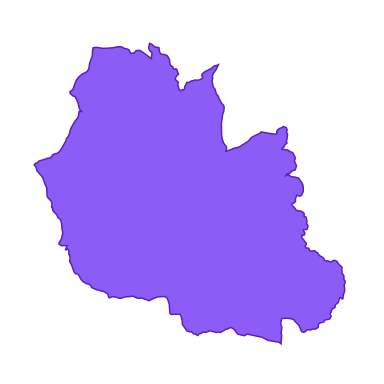 Central Pentecost 1, Penama, Vanuatu (Natural Earth projection), rotated 4°
{"feature_id": "77236927B11071622458470", "entity_name": "Central Pentecost 1", "entity_type": "district", "adm_level": 2, "iso_a3": "VUT", "parent_name": "Vanuatu", "parent_adm1": "Penama", "projection": "natural_earth1", "projection_center": [168.168, -15.648], "detail": "fine", "context": "isolated", "style": "filled", "palette": "violet", "viewbox_px": 384, "rotation_deg": 4, "n_neighbors": 0, "source": "geoboundaries", "source_scale": "gbopen_adm2", "svg_char_len": 5949}
<svg xmlns="http://www.w3.org/2000/svg" viewBox="0 0 384 384"><g transform="rotate(4 192 192)"><path d="M65.1,254.6L71.2,254.3L69.8,258.3L70.8,258.5L71.3,257.9L72.2,257.8L72.8,258.4L73.4,259.8L73.4,262.7L74.3,263.8L75.0,265.5L74.7,268.9L75.4,271.0L76.9,273.0L80.0,280.1L80.7,281.0L81.9,281.7L83.8,281.8L84.8,282.8L87.5,287.1L89.7,289.2L91.2,289.7L92.4,290.7L94.3,290.9L96.6,291.7L97.7,292.7L98.6,294.3L103.7,296.2L106.4,296.5L107.9,297.1L110.9,297.4L115.1,299.7L116.3,303.0L116.8,303.3L120.4,302.0L122.4,302.0L126.9,303.0L128.6,303.0L132.4,301.3L137.4,300.7L139.9,300.1L141.2,300.2L142.2,300.9L143.8,301.1L144.9,301.8L150.1,301.3L151.5,302.1L154.2,302.6L155.3,303.2L156.2,303.4L157.4,303.2L158.7,302.2L164.2,299.3L170.4,298.3L172.5,298.3L174.4,299.5L175.0,300.3L177.2,305.7L178.3,314.3L179.3,315.4L181.1,315.6L182.7,315.0L185.5,315.1L188.3,314.6L189.9,316.8L190.4,318.9L191.2,320.7L191.5,323.9L192.0,325.5L193.0,326.4L196.8,331.2L201.7,331.8L203.4,333.4L205.8,333.6L207.0,334.6L207.9,334.7L209.4,332.7L211.3,332.4L211.7,331.6L212.5,330.9L215.6,331.0L219.2,329.4L220.5,329.2L221.9,329.7L223.9,329.8L225.0,330.3L226.2,330.4L227.2,329.9L230.4,330.0L235.3,326.7L237.6,325.9L239.7,324.4L241.9,325.1L243.8,326.2L247.1,330.3L247.9,330.7L254.5,331.7L256.9,329.9L272.3,332.1L278.1,334.7L289.4,335.8L291.4,337.3L291.5,328.9L290.8,326.9L291.1,320.6L289.5,316.8L290.0,314.9L290.1,312.7L290.9,311.9L295.9,311.2L300.4,311.6L302.6,312.4L303.7,313.9L308.1,317.7L310.5,322.8L311.6,323.8L312.7,324.1L313.5,324.1L314.5,323.5L316.7,321.3L319.7,321.4L320.3,321.2L321.0,320.5L324.5,320.1L325.9,319.5L326.3,318.9L327.4,318.1L327.3,315.6L327.7,314.6L328.8,313.7L331.6,312.9L332.8,312.1L333.9,310.2L337.6,309.4L338.2,309.0L339.1,307.6L339.4,306.4L338.5,304.2L338.4,303.1L339.3,301.9L340.0,298.6L341.3,298.2L342.6,297.2L342.8,296.5L342.8,295.0L343.1,294.3L345.1,292.7L345.7,291.6L346.7,286.9L347.9,287.0L349.1,288.2L349.5,288.3L349.9,287.9L350.3,283.5L351.2,280.2L350.9,277.2L350.2,274.0L350.9,272.5L351.1,270.9L350.7,269.6L349.5,268.7L349.6,266.4L349.3,265.2L348.7,263.9L347.2,262.7L347.2,260.4L346.7,259.2L347.0,257.5L346.8,256.4L344.3,254.5L342.7,252.9L341.6,251.3L339.7,250.3L337.8,250.4L335.5,252.1L332.1,251.2L329.6,251.5L328.9,250.8L328.2,249.3L326.9,248.0L323.5,246.5L321.4,243.8L319.3,242.9L319.0,242.3L318.2,242.0L317.2,242.1L315.6,242.7L314.1,242.5L313.1,241.7L312.6,240.3L312.2,239.8L310.2,239.9L309.3,239.6L309.1,239.3L309.0,238.2L309.5,236.4L309.3,234.6L307.6,233.3L306.9,231.9L305.0,230.4L304.7,228.5L304.4,227.6L304.9,227.1L306.6,227.3L307.1,226.8L307.4,226.0L307.2,224.5L305.6,222.6L305.7,222.1L306.4,221.6L308.8,221.6L309.3,221.2L309.9,219.5L310.0,217.4L308.5,215.4L308.8,213.4L307.8,209.9L307.5,209.2L306.9,208.7L305.9,208.7L305.4,208.3L305.5,206.3L305.3,205.5L303.8,204.3L301.7,203.4L299.7,203.6L299.1,203.0L297.4,203.2L295.9,201.0L292.1,197.9L292.6,196.9L294.8,195.6L295.6,194.8L295.9,193.7L295.6,191.9L296.7,188.0L299.3,188.6L300.2,188.5L301.0,188.2L301.7,187.1L302.6,185.0L302.9,183.2L302.7,179.8L302.2,177.4L300.9,174.9L299.0,172.9L298.2,171.6L296.7,170.4L295.6,170.5L293.6,169.9L290.4,169.9L289.3,169.5L287.3,168.1L286.6,168.0L284.7,169.0L285.5,167.4L287.7,166.9L290.8,163.7L292.8,163.2L293.5,162.5L294.4,158.4L292.0,154.1L292.6,151.7L292.5,150.3L290.2,146.3L288.7,145.2L286.8,145.0L286.1,144.0L285.0,143.9L284.6,143.4L283.9,143.2L282.4,143.6L281.6,143.0L280.3,143.1L279.1,143.6L278.8,142.5L279.2,141.6L280.4,140.9L281.2,138.7L283.3,136.6L283.3,136.0L282.5,135.5L282.5,134.6L283.0,133.6L283.3,128.1L283.1,127.0L282.2,126.3L282.1,125.1L282.6,124.1L282.6,123.4L281.5,121.2L278.4,120.3L277.2,121.5L274.4,122.8L273.0,124.2L272.4,125.3L272.5,127.1L272.8,127.7L271.6,128.5L263.9,128.1L256.8,127.2L255.6,128.7L248.5,132.7L246.7,134.4L244.9,137.1L236.1,143.7L229.4,146.0L228.9,146.6L223.1,149.0L223.4,146.7L223.3,145.0L222.5,143.7L220.2,141.1L218.7,137.7L217.6,133.5L216.6,121.8L216.7,118.8L217.0,116.8L217.0,113.3L218.1,109.1L218.2,105.3L217.5,103.4L215.5,101.6L212.3,96.6L211.5,94.5L209.4,92.4L207.8,87.8L206.0,86.0L204.3,79.9L204.3,78.8L204.8,77.1L204.2,74.9L204.9,72.6L207.5,68.1L209.4,63.2L207.4,64.2L205.3,64.7L202.9,67.2L196.6,71.0L194.1,73.3L193.7,74.3L193.7,75.3L193.8,75.7L194.4,76.2L194.5,77.7L192.2,79.3L190.1,80.1L186.9,80.1L185.2,81.0L183.7,81.2L181.5,82.8L179.0,83.2L178.6,85.0L177.4,87.2L177.3,89.9L176.8,90.4L174.8,90.8L173.5,91.9L171.6,90.0L171.3,88.6L170.4,86.2L170.6,84.2L170.4,83.1L167.5,81.0L167.7,78.8L168.3,77.8L170.1,75.7L170.3,75.0L169.4,73.9L168.8,71.8L168.1,70.5L167.7,70.3L166.9,70.3L166.0,70.9L165.4,70.6L164.6,70.0L164.2,68.5L162.0,67.3L161.4,66.3L160.8,64.5L160.2,60.9L157.6,57.6L154.3,56.7L152.1,56.7L151.4,56.3L150.3,55.2L149.8,54.1L148.9,50.2L145.4,50.1L143.1,48.8L141.7,47.4L139.3,46.7L138.7,50.3L139.0,52.4L139.9,53.8L142.2,55.9L142.4,56.7L142.0,61.7L133.3,56.1L130.1,54.4L127.3,54.6L125.9,55.3L125.5,56.2L124.7,57.2L121.5,58.0L120.7,57.3L119.5,54.9L119.0,54.5L117.5,53.9L114.3,53.4L112.2,52.3L110.8,52.1L107.5,52.3L103.7,53.5L97.3,54.5L92.6,54.9L86.5,54.3L83.3,55.0L82.9,58.7L83.1,63.2L80.9,70.6L80.5,76.1L79.2,78.8L78.3,79.7L74.2,82.0L71.3,84.9L69.4,87.5L68.2,90.2L66.1,97.7L65.8,98.3L63.3,100.4L63.3,101.6L64.1,102.7L67.0,104.7L68.3,104.7L68.9,105.2L69.1,106.0L69.5,106.0L72.2,111.5L73.8,116.6L74.9,118.3L75.9,118.7L76.4,119.4L73.9,119.3L73.6,120.2L73.5,123.5L72.8,126.0L70.2,129.7L67.3,135.7L66.4,138.2L65.6,142.8L64.6,145.1L62.9,147.6L62.7,149.6L61.2,152.9L58.7,158.0L56.9,160.9L54.8,162.9L53.0,163.3L50.5,164.5L50.1,164.8L49.6,166.6L48.9,166.8L47.8,168.1L45.4,168.4L43.6,169.4L37.3,171.7L35.6,173.6L34.0,174.3L32.8,175.5L32.8,176.1L34.9,178.5L35.6,181.0L36.4,182.2L40.6,186.4L42.5,188.7L44.7,194.2L46.7,197.6L47.7,206.0L48.7,207.8L52.0,210.7L53.3,213.7L53.0,216.7L53.3,217.3L54.2,218.0L54.2,219.4L54.5,220.2L56.1,222.0L58.6,223.9L59.9,226.7L62.3,228.5L63.2,229.6L64.1,232.5L64.9,237.8L66.0,242.1L65.4,245.0L65.2,247.5L62.8,252.2L62.9,253.2L65.1,254.6Z" fill="#8b5cf6" stroke="#5b21b6" stroke-width="1.5"/></g></svg>